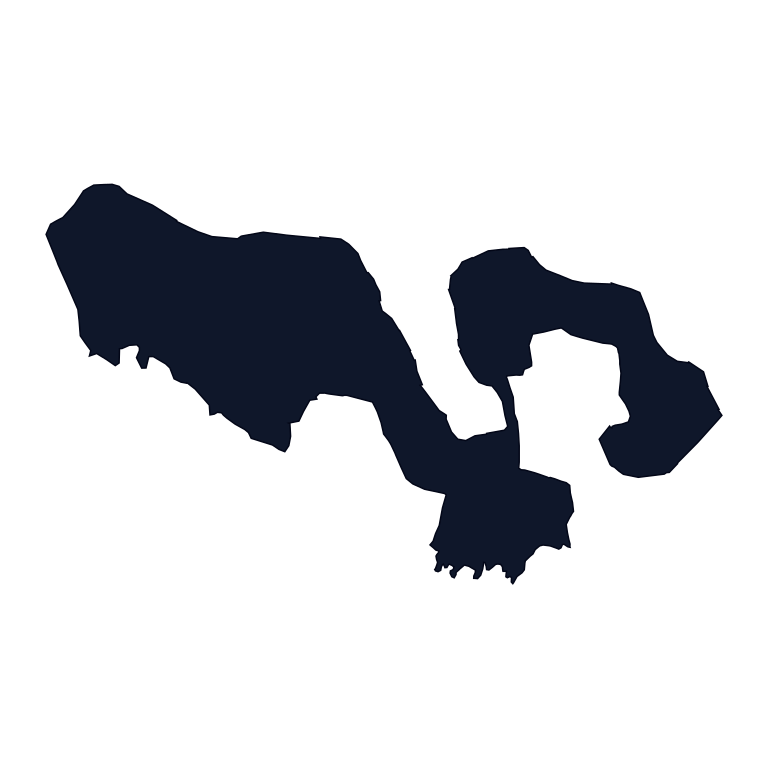 Dowein, Bomi, Liberia
{"feature_id": "62588387B7448810269647", "entity_name": "Dowein", "entity_type": "district", "adm_level": 2, "iso_a3": "LBR", "parent_name": "Liberia", "parent_adm1": "Bomi", "projection": "natural_earth1", "projection_center": [-10.878, 6.566], "detail": "fine", "context": "isolated", "style": "filled", "palette": "ink", "viewbox_px": 768, "rotation_deg": 0, "n_neighbors": 0, "source": "geoboundaries", "source_scale": "gbopen_adm2", "svg_char_len": 5806}
<svg xmlns="http://www.w3.org/2000/svg" viewBox="0 0 768 768"><path d="M688.2,361.6L688.9,362.8L677.3,361.3L667.3,355.2L656.9,342.5L654.5,337.7L653.3,335.2L648.5,314.4L643.8,302.8L639.9,293.0L639.7,292.5L631.0,288.9L618.2,285.3L611.3,283.0L611.3,284.1L584.2,283.1L572.2,280.6L560.3,275.7L546.0,270.1L539.5,264.7L532.9,256.6L531.6,257.2L528.2,250.4L524.2,247.6L518.8,247.9L510.5,248.4L509.0,248.5L509.2,249.2L502.8,249.3L488.2,250.9L472.6,258.2L472.2,257.7L462.1,262.1L460.5,264.9L457.9,269.2L450.8,275.8L451.2,276.2L450.5,279.3L449.5,289.4L448.6,289.5L455.3,308.6L454.7,308.6L456.2,320.6L456.5,323.3L458.5,334.2L458.6,339.7L457.9,339.7L458.6,345.4L461.1,349.8L459.8,351.1L466.1,364.2L474.1,376.9L479.0,382.4L486.6,385.2L492.0,385.9L497.2,392.4L502.4,401.4L505.0,415.6L507.7,426.4L504.4,430.2L486.6,433.4L486.6,434.2L475.0,435.8L465.8,440.6L457.8,439.2L451.5,432.0L447.6,422.7L446.1,419.2L446.3,415.2L444.4,413.9L439.1,410.5L434.3,404.0L426.5,393.5L422.8,388.6L420.1,385.3L422.3,384.7L416.9,371.2L415.2,360.0L414.1,360.1L411.0,353.4L409.8,351.0L410.5,350.5L409.9,349.4L408.3,346.4L406.4,343.0L399.5,330.3L399.0,330.4L391.7,318.5L385.6,313.5L382.2,311.0L379.1,300.9L380.6,300.6L379.7,291.8L375.9,284.8L373.6,279.2L368.2,272.6L366.9,272.7L360.7,260.6L357.9,253.5L348.7,244.2L340.9,239.1L320.0,236.9L320.5,238.4L319.3,238.3L286.8,235.2L263.3,232.2L242.6,235.9L241.2,236.2L237.6,238.8L211.9,236.6L197.8,231.7L176.5,221.4L176.8,220.5L152.5,205.2L127.0,193.9L119.1,186.4L112.0,184.3L111.3,184.4L103.9,184.6L93.8,185.1L87.7,188.4L83.4,191.0L83.1,191.6L77.5,200.1L74.6,204.5L62.8,217.6L60.2,218.9L56.2,221.0L50.6,224.2L47.1,232.1L46.1,234.4L47.2,237.1L52.6,250.5L56.5,260.3L56.7,260.7L58.1,264.6L67.1,284.5L77.9,309.4L79.2,321.3L79.8,329.3L80.3,335.8L85.2,342.9L90.8,350.5L89.4,356.0L96.7,353.5L106.8,359.7L115.3,365.6L119.1,363.0L119.5,348.7L122.0,348.5L129.3,345.3L136.9,344.8L139.4,347.4L139.4,350.7L136.5,357.7L141.7,368.1L146.0,368.0L148.8,356.6L153.3,356.6L165.6,363.8L169.9,367.9L174.1,378.8L180.9,382.1L186.7,383.2L187.0,382.7L195.2,389.1L209.3,405.1L210.0,414.9L214.3,414.1L217.4,412.3L221.6,412.8L223.4,415.1L227.0,418.2L235.1,424.1L244.8,429.5L248.5,432.6L251.2,438.3L272.5,445.0L279.0,449.4L284.8,451.7L288.8,445.7L290.6,436.3L289.9,423.6L288.8,423.1L298.9,421.1L302.7,413.1L303.4,411.6L309.8,400.2L316.9,399.1L316.3,397.8L315.9,396.8L319.5,393.1L324.1,393.1L324.6,393.0L326.7,393.5L328.9,393.9L332.5,394.4L342.3,395.7L343.6,395.5L345.1,395.1L345.6,395.3L346.9,395.3L350.6,396.3L369.3,401.2L371.6,401.8L372.5,402.1L375.7,408.4L377.4,412.0L379.1,416.9L381.1,422.6L383.3,432.3L383.6,434.0L385.4,436.3L388.6,440.6L390.2,443.2L391.0,444.6L392.9,448.6L393.4,449.7L394.8,452.6L396.0,455.6L399.2,462.9L401.0,467.1L406.3,478.6L406.7,478.9L412.8,483.9L424.5,489.2L427.2,489.8L435.4,491.5L443.2,493.2L444.6,493.5L446.2,494.8L446.0,495.6L442.5,507.8L439.4,524.7L439.2,525.6L435.7,533.3L435.5,533.8L433.1,541.2L430.0,544.9L430.8,545.6L433.2,547.6L435.9,550.1L436.8,550.4L438.9,551.0L438.5,552.6L436.9,554.5L436.0,556.1L436.6,559.5L437.6,562.3L436.9,564.7L435.5,568.5L434.7,569.5L435.1,570.1L435.5,570.9L437.6,571.5L438.0,571.7L440.0,570.7L440.7,570.3L441.3,567.1L442.0,565.5L442.7,564.5L443.3,564.1L444.5,566.4L444.9,567.7L446.9,567.5L447.8,565.9L448.6,564.5L449.0,564.1L452.0,565.4L453.5,566.6L453.9,566.8L453.3,569.2L452.8,569.8L450.4,570.9L450.1,573.1L451.8,576.7L454.2,577.8L454.8,576.7L456.0,574.6L456.1,572.4L459.1,569.7L459.6,569.1L461.4,567.6L464.2,565.2L464.7,565.1L466.0,565.5L469.0,566.3L472.1,568.2L472.9,568.6L475.5,570.2L475.2,572.8L473.8,576.0L473.7,578.3L474.2,578.3L477.6,578.6L479.1,576.9L480.7,575.2L482.7,569.0L483.3,565.4L483.5,564.0L483.6,562.3L485.0,562.5L486.2,566.4L486.6,569.6L488.9,570.0L492.5,567.2L495.6,564.4L497.8,564.0L500.6,564.4L502.4,566.7L502.5,567.7L502.8,570.4L503.0,571.3L506.5,571.3L506.1,574.3L505.9,576.8L507.3,577.7L510.1,576.5L511.5,577.7L511.3,582.0L512.8,583.7L513.6,582.6L517.0,576.5L522.0,572.8L524.3,569.8L524.5,567.5L524.7,565.2L524.9,562.7L525.1,562.0L525.3,560.9L529.5,556.8L530.1,556.2L533.0,553.9L535.2,549.6L539.5,546.0L540.2,545.7L540.8,545.6L543.0,545.0L548.9,545.7L550.5,546.0L556.6,548.2L558.8,549.1L561.0,547.8L562.3,544.8L562.9,544.4L564.1,544.3L566.9,546.2L567.9,546.8L569.5,547.2L570.1,547.3L569.9,546.7L570.0,544.0L568.8,539.5L567.4,532.6L566.6,527.1L566.2,524.4L569.6,517.5L570.7,515.9L572.0,513.4L573.5,511.4L572.5,502.5L571.6,498.7L571.4,497.9L570.3,492.9L569.7,485.4L567.5,483.7L566.2,482.7L561.0,481.2L554.7,478.8L550.2,477.5L548.6,477.9L547.7,477.3L538.6,474.1L534.7,472.8L525.0,470.1L524.4,470.0L521.2,469.8L519.2,468.5L518.7,468.2L519.2,462.0L519.2,450.7L519.2,446.6L519.2,446.0L518.5,433.5L517.3,421.4L516.6,419.8L515.4,416.5L514.3,413.7L513.9,407.5L513.2,397.1L509.9,387.6L507.5,379.9L507.0,378.5L506.4,377.5L507.0,375.9L511.0,375.5L516.2,375.0L517.9,375.1L519.8,375.2L522.5,374.8L522.9,373.6L523.1,372.8L523.3,372.0L524.3,369.3L529.0,367.4L531.6,365.8L531.6,362.2L528.9,345.3L529.2,344.3L531.3,338.1L531.7,336.9L532.6,334.1L533.3,334.0L543.8,332.0L554.9,329.2L559.9,328.2L561.3,327.9L563.5,329.4L570.9,334.6L572.9,335.2L577.1,336.5L582.6,338.1L594.3,341.0L602.8,343.1L609.9,343.8L611.8,344.1L612.7,344.6L615.1,345.9L616.1,346.5L617.5,347.9L617.9,349.7L618.5,352.7L619.0,353.5L619.8,360.7L619.8,364.0L621.0,373.2L620.4,381.5L619.3,392.3L619.3,395.0L622.4,399.5L625.5,403.9L629.0,411.2L630.4,416.2L628.4,421.9L622.3,424.0L620.9,424.3L615.2,425.2L612.2,426.4L611.9,427.9L610.2,427.1L609.6,426.1L599.2,439.2L610.1,464.5L611.8,466.1L614.5,467.2L618.8,471.0L623.4,474.3L635.3,476.7L637.8,477.2L638.3,477.3L664.3,474.1L666.5,472.6L669.3,472.4L677.6,463.6L677.6,462.8L697.1,443.1L698.6,441.5L718.0,419.9L721.9,415.4L717.9,409.5L719.0,409.3L706.9,386.3L707.9,386.3L703.5,371.8L688.2,361.6Z" fill="#0f172a" stroke="#020617" stroke-width="1.5"/></svg>